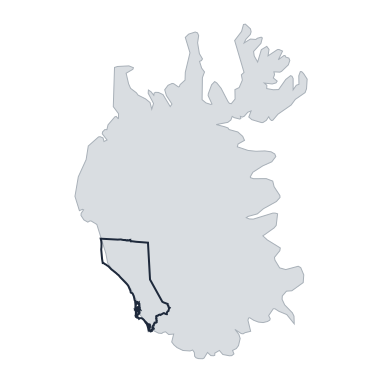 Sveitarfélagið Hornafjörðu, Austurland, Iceland (highlighted), rotated 89°
{"feature_id": "244011B97448762640394", "entity_name": "Sveitarfélagið Hornafjörðu", "entity_type": "district", "adm_level": 2, "iso_a3": "ISL", "parent_name": "Iceland", "parent_adm1": "Austurland", "projection": "albers", "projection_center": [-15.406, 64.234], "detail": "fine", "context": "in_parent", "style": "outline", "palette": "slate", "viewbox_px": 384, "rotation_deg": 89, "n_neighbors": 0, "source": "geoboundaries", "source_scale": "gbopen_adm2", "svg_char_len": 8845}
<svg xmlns="http://www.w3.org/2000/svg" viewBox="0 0 384 384"><g transform="rotate(89 192 192)"><path d="M297.5,103.5L300.9,103.8L306.5,101.3L314.5,93.8L317.9,92.2L325.6,92.1L316.2,99.4L312.8,107.2L310.2,111.1L310.2,112.8L316.9,117.5L320.1,116.0L321.5,116.5L322.8,118.8L323.8,123.2L323.2,127.9L321.3,132.6L318.7,136.5L319.1,137.7L321.2,138.3L332.3,135.8L333.6,141.5L334.7,143.4L334.4,145.3L330.1,151.5L335.2,147.6L339.3,146.4L346.4,148.2L349.3,150.4L351.1,154.2L354.6,152.9L356.3,155.1L356.4,157.5L355.0,164.0L350.9,167.4L353.5,172.0L355.7,172.1L356.1,173.2L355.9,176.0L352.7,179.3L358.2,182.8L358.9,184.2L358.7,188.4L357.9,190.8L356.3,192.2L352.4,192.5L350.0,194.1L350.9,196.7L350.3,203.8L347.3,209.7L344.5,212.8L341.6,214.9L333.7,212.8L334.1,217.8L331.3,220.9L331.9,223.4L332.9,224.7L332.5,228.0L328.9,234.9L326.4,237.2L321.3,239.9L313.9,246.1L306.4,246.1L287.8,254.9L280.5,259.7L267.1,273.9L261.4,277.6L251.9,279.2L222.8,287.7L219.3,293.2L219.1,294.5L220.3,296.7L218.0,300.6L213.5,303.4L211.4,303.2L207.9,300.7L207.4,301.8L208.7,304.9L194.3,309.1L174.8,305.4L157.8,297.3L144.2,294.9L135.3,284.5L135.1,282.9L136.4,280.0L140.0,279.1L138.5,276.0L132.3,280.7L130.4,280.4L128.1,278.1L128.2,276.0L123.4,274.8L115.6,267.9L115.1,266.5L117.3,264.6L117.0,264.2L112.4,264.1L105.3,269.2L66.1,267.3L65.2,264.2L64.8,252.9L66.7,248.4L68.3,249.0L72.1,255.8L82.8,253.5L87.3,251.6L91.8,245.9L94.2,244.2L98.1,236.8L101.8,232.4L108.5,230.8L102.8,228.9L92.5,234.1L89.3,233.8L91.1,231.2L94.7,228.5L92.4,228.1L91.7,226.6L91.9,223.8L94.1,219.3L106.2,212.3L103.7,210.5L95.2,215.9L89.3,217.5L84.9,214.1L83.1,210.0L83.4,208.4L86.7,203.8L86.4,202.8L84.5,202.1L80.0,197.0L72.1,196.6L52.8,191.6L37.3,196.0L34.1,192.6L32.1,186.0L33.0,183.7L35.8,182.6L42.9,183.8L53.8,182.2L59.1,179.2L60.8,180.3L61.5,182.2L68.3,180.2L72.2,177.4L77.8,179.6L99.9,180.3L103.2,176.4L104.8,171.5L104.4,170.5L95.9,174.2L94.1,174.0L85.1,170.5L82.0,167.4L83.4,165.3L88.8,161.1L102.1,154.5L104.0,153.1L104.4,151.2L99.8,147.3L90.4,147.3L88.4,143.0L81.0,139.7L75.7,140.6L73.3,137.9L41.3,146.7L32.3,139.6L25.4,137.6L25.1,135.7L29.9,130.7L32.8,130.1L35.6,131.0L40.4,135.6L43.9,137.3L40.1,131.0L40.6,125.5L39.4,123.9L38.4,120.1L39.2,119.0L44.6,120.5L52.6,128.0L57.1,127.4L63.2,124.1L50.9,120.2L47.7,114.7L50.8,112.5L57.2,113.6L51.1,104.1L51.0,102.6L52.7,99.0L61.3,103.4L57.2,97.8L57.2,96.6L58.7,95.9L59.8,92.8L62.2,91.9L66.6,93.5L72.9,100.3L73.7,102.0L73.3,108.0L76.1,107.4L79.4,108.7L82.6,104.9L84.4,106.1L85.4,109.9L84.3,117.9L86.6,115.3L89.9,115.5L91.2,108.9L91.1,103.6L81.1,96.3L77.4,91.4L78.0,90.0L80.3,88.9L91.6,89.1L87.1,85.9L86.2,83.2L77.7,83.2L73.5,81.6L73.6,80.2L75.5,78.4L81.1,74.9L90.8,75.7L94.6,77.2L101.2,87.1L106.8,91.4L115.7,104.7L121.7,110.0L121.9,111.3L120.7,112.6L118.1,114.0L121.7,116.5L123.8,119.9L123.8,121.3L120.7,131.0L118.0,133.9L112.0,131.5L113.2,134.8L117.2,138.5L118.0,140.5L117.2,142.3L119.4,141.9L119.9,143.0L118.4,148.5L117.1,150.5L120.7,151.9L123.0,155.0L125.0,166.6L127.4,158.0L128.6,154.9L130.2,153.9L132.8,145.1L137.3,140.3L141.3,138.6L144.8,145.1L147.6,145.9L151.4,135.3L152.4,127.3L152.2,118.4L153.2,112.2L155.4,108.6L158.0,107.6L163.2,111.7L167.1,120.8L173.3,130.8L177.9,133.5L178.7,133.3L179.8,130.2L179.9,117.6L182.5,111.1L188.2,109.8L197.1,104.2L199.0,104.1L203.0,107.8L209.9,120.8L215.0,127.0L217.4,136.4L218.6,138.2L219.9,135.4L220.2,131.2L214.5,111.5L214.6,108.9L215.3,106.8L226.9,108.4L229.4,110.6L237.1,121.9L241.2,117.6L249.5,104.7L252.2,105.2L258.8,110.7L261.5,110.3L269.4,105.7L271.2,99.6L268.1,87.1L269.5,84.6L276.8,81.7L284.5,82.4L292.5,93.9L292.8,99.3L297.5,103.5Z" fill="#d9dde1" stroke="#a8b0b8" stroke-width="1"/><path d="M241.9,236.9L240.8,248.7L240.1,253.4L240.3,253.7L240.3,254.0L240.1,254.2L239.7,254.1L239.3,254.6L239.0,254.6L239.1,254.8L239.0,255.1L238.9,255.4L239.2,255.7L239.2,255.8L239.3,256.3L239.4,256.6L239.1,257.1L239.3,257.3L239.4,257.8L239.1,258.4L239.2,258.6L239.1,258.9L239.0,259.2L238.9,259.3L239.0,259.7L238.8,260.0L238.8,260.3L238.8,261.5L238.7,261.7L238.7,261.9L238.6,262.1L238.5,263.0L238.2,263.7L238.2,264.2L238.3,267.1L237.1,284.1L239.4,283.6L241.9,283.4L245.5,283.5L247.9,283.8L249.0,283.7L257.3,283.1L261.4,282.5L261.4,282.3L261.5,282.3L261.5,282.1L261.4,282.1L261.4,281.8L262.5,280.4L263.0,279.4L263.8,278.4L264.5,277.3L265.2,276.5L267.9,274.0L272.0,269.0L273.4,267.6L273.6,267.1L276.2,265.0L276.5,264.7L282.8,258.8L283.8,258.0L285.0,257.2L287.8,256.1L287.9,255.9L290.1,255.2L291.4,255.0L291.6,254.8L292.0,253.8L292.5,253.2L293.1,252.9L295.3,252.0L299.3,251.2L299.7,250.8L300.9,250.6L305.0,250.5L308.0,250.8L308.4,251.0L308.6,251.0L308.3,251.0L307.8,250.6L307.6,250.3L307.3,250.1L307.1,250.3L306.7,250.4L303.7,250.1L303.4,250.1L303.5,250.1L303.0,249.9L302.9,249.7L302.6,250.0L302.3,250.2L302.2,249.9L301.9,250.0L301.5,250.3L301.1,248.6L301.3,248.3L301.2,248.2L301.3,248.1L301.7,248.5L301.8,248.2L302.1,248.1L302.0,247.9L302.2,248.0L302.4,248.1L302.3,247.8L302.5,247.7L302.3,247.6L302.3,247.3L302.1,247.1L302.5,247.1L302.8,246.6L304.8,246.5L305.0,246.7L305.8,246.8L306.0,247.2L306.0,247.6L306.5,247.6L306.6,247.4L306.6,247.2L306.2,246.4L306.5,246.3L306.8,246.6L306.8,246.8L306.9,246.7L306.9,246.3L307.0,246.3L307.1,246.7L306.9,247.1L306.9,247.3L307.2,247.1L307.3,247.2L307.4,246.9L307.7,246.8L308.2,246.3L308.1,246.2L308.3,246.1L308.0,246.7L307.9,246.8L307.7,247.1L307.9,247.3L308.1,247.3L307.9,247.4L307.9,247.5L308.1,247.5L307.8,247.8L307.9,248.0L307.7,248.2L308.0,248.3L307.5,248.6L307.7,248.8L307.7,249.2L307.7,249.5L307.9,249.6L307.8,249.9L307.8,250.0L308.5,249.8L308.0,249.7L308.5,249.7L308.4,249.5L308.5,249.4L308.4,249.3L308.5,249.2L308.3,249.2L308.1,249.1L308.1,248.9L308.3,248.9L308.4,248.7L308.5,248.9L308.4,249.1L308.5,249.1L308.7,248.8L308.6,248.7L308.8,248.6L309.0,248.6L308.9,248.5L308.9,248.4L308.9,248.2L308.6,248.1L308.7,247.9L308.2,247.7L308.3,247.5L308.6,247.3L308.9,247.4L308.9,247.5L309.0,247.6L309.3,247.2L309.5,247.2L309.5,247.3L309.4,247.4L309.3,247.7L309.5,247.5L309.6,247.8L309.8,247.8L309.8,248.0L309.9,247.8L310.1,247.8L310.1,247.6L310.2,247.8L310.1,248.0L310.4,247.6L310.6,247.5L310.6,247.4L310.8,247.4L310.7,247.2L310.9,247.0L310.8,246.9L310.8,246.7L311.9,246.6L312.9,247.2L313.4,247.6L313.4,247.8L313.7,248.1L313.7,248.3L313.8,248.3L314.3,249.1L314.2,249.3L313.9,249.2L314.0,249.4L313.8,249.5L313.7,249.3L313.6,249.2L313.4,249.5L313.5,249.7L313.5,249.8L311.8,249.7L311.4,249.8L311.2,249.7L311.1,249.9L310.3,250.0L309.5,250.3L309.0,250.3L308.5,250.6L308.4,250.7L308.4,250.8L308.8,250.5L309.1,250.6L309.2,250.8L309.5,250.5L310.9,250.2L313.7,250.3L313.9,250.4L314.3,250.3L314.6,250.5L314.7,250.3L315.0,250.4L315.8,250.3L316.0,250.0L315.6,249.8L315.5,249.7L315.6,249.4L315.7,249.0L316.2,248.6L316.4,248.6L316.5,248.7L316.4,248.8L316.6,248.8L316.6,248.6L316.6,248.1L316.6,247.8L316.8,247.5L317.1,247.3L317.3,247.4L317.4,247.2L317.8,247.1L317.5,246.6L317.7,246.2L317.8,246.2L317.6,246.1L317.4,246.0L317.2,245.2L317.3,244.7L317.6,244.1L318.1,243.4L319.4,242.1L321.8,240.6L321.8,240.3L322.2,240.0L322.1,239.8L321.9,239.8L322.0,239.7L322.3,239.4L322.8,239.0L323.1,238.6L323.5,238.6L323.5,238.3L323.4,238.1L323.5,237.8L323.7,237.6L323.8,237.4L323.8,237.2L323.6,237.1L323.7,236.6L324.3,236.3L324.5,236.6L324.8,236.6L325.6,236.4L326.1,236.5L326.3,236.3L326.6,236.6L327.4,236.9L328.1,237.5L328.6,237.6L328.9,237.8L327.0,238.0L325.4,238.5L323.7,239.1L322.5,239.8L322.1,240.4L322.0,240.6L322.4,240.1L323.0,239.6L325.1,238.8L328.3,238.0L329.0,238.0L329.5,237.4L329.4,237.4L329.4,237.1L329.4,236.8L329.8,236.1L330.5,235.6L330.4,235.5L330.5,235.3L330.2,234.8L330.2,234.7L329.2,234.8L329.2,234.4L328.6,234.1L328.5,233.8L328.7,233.6L328.2,233.2L328.0,232.6L327.3,232.9L327.0,233.4L326.9,233.9L326.3,233.9L325.3,233.5L325.1,233.3L324.9,232.6L324.4,232.5L323.7,232.6L323.1,232.2L323.0,231.9L322.2,231.7L322.3,231.4L322.2,231.2L321.9,231.0L322.0,230.5L322.0,230.2L321.6,229.6L320.8,229.7L320.2,229.4L319.5,229.9L318.2,229.6L317.9,229.7L317.8,230.0L317.3,229.8L316.8,230.0L316.4,229.9L315.6,230.0L315.5,229.9L315.5,229.6L315.3,229.5L315.3,229.0L315.0,228.7L314.9,228.0L314.3,227.4L314.3,227.0L314.0,226.4L314.0,225.7L314.3,225.5L312.6,222.5L312.6,222.1L312.8,221.6L313.4,220.7L313.5,220.0L313.7,219.7L313.7,219.3L313.0,219.4L311.7,219.0L311.0,218.5L310.5,217.6L308.3,217.1L307.4,216.3L306.4,217.6L305.1,217.7L305.0,218.0L304.9,218.1L304.1,218.4L303.5,218.3L301.9,222.4L301.2,223.6L278.8,235.5L241.9,236.9ZM302.4,249.8L302.6,249.7L302.7,249.4L302.6,249.1L302.3,249.3L302.1,249.7L302.4,249.8ZM302.2,249.2L302.5,249.1L302.5,248.9L302.4,248.8L302.1,249.0L302.2,249.2ZM301.8,249.7L301.9,249.4L301.7,249.2L301.5,249.3L301.8,249.7ZM308.6,250.3L308.1,250.2L308.2,250.3L308.3,250.5L308.6,250.3ZM309.0,249.6L308.7,249.3L308.7,249.5L308.6,249.8L309.0,249.7L309.0,249.6ZM301.8,249.2L301.8,248.9L301.5,249.2L301.8,249.2ZM302.0,249.9L301.7,249.8L301.6,250.0L302.0,249.9Z" fill="none" stroke="#1e293b" stroke-width="2"/></g></svg>